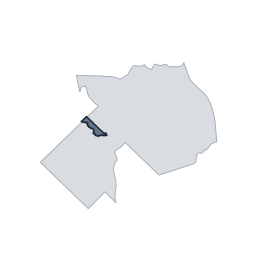 Poptún, Petén, Guatemala (highlighted), rotated 224°
{"feature_id": "79465075B98225728966625", "entity_name": "Poptún", "entity_type": "district", "adm_level": 2, "iso_a3": "GTM", "parent_name": "Guatemala", "parent_adm1": "Petén", "projection": "robinson", "projection_center": [-89.691, 16.335], "detail": "fine", "context": "in_parent", "style": "filled", "palette": "slate", "viewbox_px": 256, "rotation_deg": 224, "n_neighbors": 0, "source": "geoboundaries", "source_scale": "gbopen_adm2", "svg_char_len": 4399}
<svg xmlns="http://www.w3.org/2000/svg" viewBox="0 0 256 256"><g transform="rotate(224 128 128)"><path d="M54.5,179.7L55.5,178.6L56.3,176.1L57.3,173.5L56.7,170.6L56.3,168.2L57.4,164.7L57.3,162.1L57.9,160.5L59.5,159.5L60.4,157.5L55.7,150.6L55.7,149.0L56.3,147.1L60.2,139.8L64.8,131.1L69.9,121.5L73.0,115.7L84.0,115.7L91.4,115.7L100.7,115.6L110.8,115.6L117.5,115.6L120.2,115.6L119.7,111.8L120.1,107.7L121.3,103.9L121.3,102.2L119.3,100.2L115.5,99.0L113.4,97.2L113.4,94.9L112.4,92.1L110.6,88.9L106.7,85.6L100.9,82.2L95.9,77.7L91.8,71.9L88.4,68.3L85.7,66.7L85.1,65.9L92.9,66.0L100.3,66.1L100.4,57.9L100.4,50.6L100.5,42.4L113.9,42.4L129.9,42.4L146.5,42.4L159.6,42.5L167.2,42.5L166.9,52.6L166.5,64.4L166.2,73.1L165.8,84.7L165.4,96.5L164.9,112.6L164.5,123.0L164.7,123.3L169.1,122.8L175.5,123.2L177.1,123.2L179.1,124.1L180.6,124.4L183.9,126.7L187.8,128.5L190.2,124.9L188.9,122.8L187.9,121.7L188.1,120.7L201.5,130.0L199.9,131.4L196.5,134.7L190.3,140.4L184.8,145.5L179.5,150.0L174.7,154.2L174.1,154.6L168.0,157.5L167.0,158.9L165.7,164.8L165.1,166.2L166.2,169.4L167.3,174.5L167.0,177.1L162.7,180.3L160.8,183.2L160.0,185.1L159.2,184.6L157.9,184.5L154.9,185.2L153.4,185.3L152.2,186.2L152.1,188.0L152.9,190.9L153.2,192.4L152.3,193.1L148.6,194.9L147.2,196.6L145.8,199.3L144.1,200.4L142.4,200.2L141.2,200.6L138.7,202.7L134.8,206.6L132.7,209.5L132.7,211.6L133.0,213.6L118.9,206.7L114.2,205.5L94.4,205.7L85.9,203.0L76.3,197.7L69.7,193.0L54.5,179.7Z" fill="#d9dde1" stroke="#a8b0b8" stroke-width="1"/><path d="M149.8,101.1L149.7,101.2L149.4,100.9L149.4,100.7L149.3,100.8L149.3,100.6L149.2,100.7L148.9,100.5L148.8,100.4L148.7,100.2L148.6,100.3L148.4,100.3L148.2,100.3L147.9,100.3L147.6,100.5L147.4,100.4L147.4,100.5L147.2,100.6L146.9,100.6L146.7,100.6L146.6,100.4L146.6,100.5L146.3,100.3L146.1,100.3L145.8,100.4L145.7,100.5L145.7,100.4L145.4,100.6L145.2,100.7L145.1,100.8L145.0,100.7L144.9,100.7L144.7,100.9L144.7,101.0L144.4,101.2L144.3,101.3L144.2,101.4L144.2,101.5L144.2,101.4L144.1,101.5L144.0,101.4L143.9,101.5L143.7,101.5L143.4,101.7L143.4,101.8L143.5,101.7L143.4,101.8L143.4,102.0L143.2,102.2L143.2,102.3L143.3,102.3L143.4,102.5L143.2,102.7L143.3,102.8L143.2,102.9L143.2,103.1L143.0,103.5L142.9,103.5L142.7,103.8L142.5,104.0L142.4,104.0L142.4,104.3L142.2,104.3L142.0,104.5L141.9,104.6L141.8,104.8L141.7,104.8L141.4,104.8L141.1,104.8L140.9,104.8L140.7,104.9L140.7,105.0L140.8,105.4L141.0,105.4L141.0,105.5L140.9,105.7L140.9,105.8L140.7,106.0L140.4,106.1L140.2,106.3L140.0,106.5L139.9,106.5L139.7,106.7L139.5,106.8L139.5,106.7L139.4,106.8L139.2,106.7L139.2,106.9L138.9,106.9L138.7,107.0L138.6,107.4L138.6,107.5L138.4,107.8L138.3,108.0L138.3,108.3L138.5,108.4L138.8,108.4L139.0,108.2L139.3,108.4L139.4,108.0L139.5,108.1L139.8,108.2L140.1,108.4L140.2,108.5L140.3,108.5L140.5,108.6L140.4,108.8L140.5,108.9L140.6,108.7L140.8,108.5L140.9,108.3L140.9,108.2L140.8,107.9L140.7,107.9L140.7,107.6L148.1,107.4L148.3,107.4L149.1,107.4L149.6,107.4L151.8,107.4L153.4,107.4L157.5,107.4L160.2,107.4L160.7,107.4L161.5,107.4L164.5,107.4L165.8,107.4L165.9,104.4L166.0,103.9L166.0,103.3L166.0,102.9L166.0,102.5L166.2,100.4L165.6,100.4L165.4,100.4L165.2,100.4L164.9,100.7L164.7,100.7L164.1,101.1L164.1,101.3L164.0,101.5L163.9,101.5L163.7,101.7L163.4,101.8L163.2,102.0L163.1,101.9L162.9,101.9L162.9,102.0L162.7,102.0L162.5,102.3L162.5,102.5L162.3,102.8L162.2,102.8L162.0,103.0L161.9,103.0L161.6,103.1L161.4,103.1L161.2,103.0L161.1,102.9L161.0,103.0L161.0,102.9L160.9,103.1L160.6,103.2L160.4,103.0L160.2,103.0L160.3,102.8L160.1,102.8L160.0,102.7L159.9,102.7L159.9,102.4L159.7,102.4L159.5,102.6L159.4,102.5L159.3,102.4L159.2,102.3L158.9,102.2L158.9,101.9L158.8,101.7L158.7,101.8L158.5,101.7L158.4,101.7L158.2,101.7L158.1,101.8L157.9,101.8L157.9,101.7L157.5,101.6L157.6,101.8L157.5,101.7L157.4,101.7L157.3,101.8L157.2,101.9L157.2,102.0L156.9,102.0L156.7,102.0L156.6,101.9L156.4,101.9L156.3,101.7L156.2,101.7L155.8,101.8L155.7,101.9L155.3,101.9L155.2,102.0L154.7,102.1L154.4,102.0L154.2,102.0L154.0,102.3L153.9,102.3L153.8,102.5L153.7,102.4L153.5,102.6L153.4,102.7L153.4,102.8L153.3,103.0L153.2,103.1L152.8,103.0L152.7,103.0L152.4,103.0L152.3,102.9L152.1,102.8L151.9,102.8L151.9,102.7L151.7,102.6L151.5,102.8L151.4,102.7L151.1,102.6L150.9,102.5L150.9,102.3L150.8,102.2L150.6,102.0L150.6,101.9L150.4,101.8L150.3,101.7L150.1,101.7L149.9,101.7L149.9,101.4L149.9,101.1L149.8,101.1Z" fill="#64748b" stroke="#1e293b" stroke-width="1.5"/></g></svg>